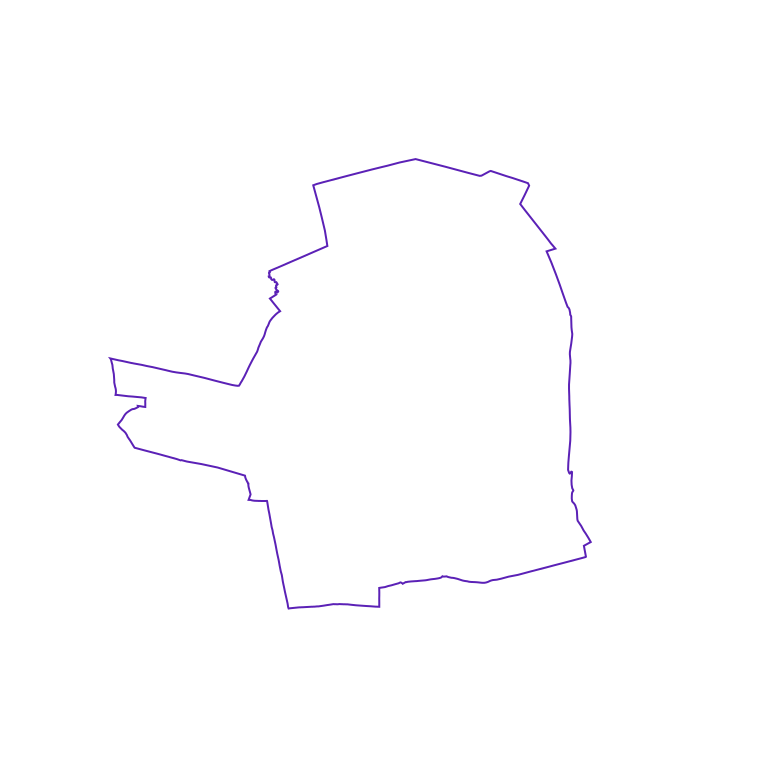 Pochidia, Galati, Romania (Natural Earth projection), rotated 206°
{"feature_id": "2599482B31598853043791", "entity_name": "Pochidia", "entity_type": "district", "adm_level": 2, "iso_a3": "ROU", "parent_name": "Romania", "parent_adm1": "Galati", "projection": "natural_earth1", "projection_center": [27.58, 46.045], "detail": "fine", "context": "isolated", "style": "outline", "palette": "violet", "viewbox_px": 768, "rotation_deg": 206, "n_neighbors": 0, "source": "geoboundaries", "source_scale": "gbopen_adm2", "svg_char_len": 6142}
<svg xmlns="http://www.w3.org/2000/svg" viewBox="0 0 768 768"><g transform="rotate(206 384 384)"><path d="M454.9,220.5L454.2,220.8L453.1,221.3L451.8,221.5L450.7,221.8L449.2,222.3L445.1,224.1L441.0,226.0L437.9,227.6L437.3,226.9L434.9,223.5L432.8,220.5L430.1,217.0L427.7,213.7L424.7,209.6L422.2,206.1L420.1,203.7L418.1,200.9L415.9,198.3L411.0,192.0L408.2,188.2L405.5,184.6L401.6,179.7L399.4,176.7L398.1,174.9L394.6,170.3L392.1,167.5L388.4,162.2L386.8,160.1L384.9,157.7L382.0,153.9L376.8,147.4L374.4,144.4L372.4,141.5L371.3,140.4L369.7,141.5L362.6,145.9L358.7,148.0L353.7,150.8L352.1,151.7L348.9,153.4L346.6,154.8L345.4,155.4L341.4,158.1L340.4,158.8L338.0,160.5L336.5,161.5L333.1,163.9L329.1,165.7L327.5,166.7L324.7,167.9L320.1,170.0L316.1,171.4L312.0,172.9L305.8,175.4L301.6,177.1L298.5,178.4L294.2,180.1L290.6,181.7L292.4,185.4L294.3,189.2L295.4,191.6L296.8,194.5L298.9,198.6L297.5,199.6L295.7,200.8L294.1,201.9L291.6,204.3L289.1,206.3L286.8,208.4L284.2,210.7L283.5,211.3L282.7,212.4L282.2,212.9L281.5,213.0L280.8,212.9L280.0,212.9L279.6,212.7L278.4,214.4L277.8,215.3L277.5,215.6L276.9,215.8L276.0,216.6L273.3,218.3L270.0,220.2L268.2,221.2L265.6,222.8L263.1,224.3L260.9,225.6L259.6,226.5L256.8,228.6L255.3,229.6L252.9,231.1L250.6,232.7L249.3,233.7L248.4,234.5L247.8,235.2L247.5,235.7L247.4,236.2L247.2,236.8L246.9,236.8L246.1,237.0L245.3,237.4L244.3,238.0L243.3,238.6L242.9,238.5L241.4,238.7L238.5,239.4L237.0,240.0L235.6,240.4L232.4,241.1L230.3,241.4L227.4,241.8L225.7,242.2L224.4,242.6L222.6,243.2L221.1,243.5L219.9,243.9L218.6,244.4L216.1,245.5L214.2,246.3L212.1,247.1L209.8,247.9L208.3,248.5L206.7,249.3L205.4,250.2L203.9,251.6L202.2,253.7L201.5,254.4L200.2,255.5L196.8,257.6L193.2,260.5L187.5,265.5L179.9,271.2L169.9,279.9L156.1,291.7L151.5,295.7L144.6,301.6L130.2,314.0L126.9,316.9L126.8,317.3L133.4,326.2L128.9,332.6L133.0,335.4L137.3,338.1L140.3,339.8L144.6,342.9L146.2,343.8L150.0,346.0L151.0,347.3L154.9,354.3L155.8,355.5L158.9,358.8L160.7,359.9L162.7,360.6L163.5,361.1L165.0,363.3L166.3,366.1L167.2,368.4L167.3,369.6L167.1,371.0L167.2,371.4L169.1,372.8L171.2,375.7L173.2,379.4L174.8,383.6L176.4,387.3L176.9,387.4L177.2,387.3L177.4,386.5L177.5,385.4L177.6,385.1L177.8,384.9L178.1,385.0L178.7,385.3L180.9,387.5L182.6,391.3L183.9,394.3L186.2,400.2L191.7,414.6L195.3,422.5L197.4,426.6L201.3,433.6L202.4,435.7L206.0,442.7L207.9,446.2L210.9,451.8L212.0,454.0L215.6,460.8L217.5,464.7L221.4,474.3L224.9,482.8L225.6,484.6L226.8,487.0L227.6,488.2L228.8,490.2L230.0,492.2L231.0,494.4L232.1,498.0L233.4,502.3L234.7,506.1L235.8,509.3L236.7,511.5L239.0,514.9L240.4,517.2L242.6,521.4L244.4,524.8L245.3,526.6L246.1,527.4L246.9,527.8L248.0,529.7L250.0,532.3L251.5,533.4L252.8,533.8L256.1,536.9L263.4,544.1L269.6,550.3L277.5,557.9L287.0,566.7L296.0,574.5L289.3,580.8L290.9,581.5L293.1,582.5L295.5,583.5L299.6,585.6L313.2,592.2L333.5,602.0L340.5,605.5L340.4,615.8L340.5,625.9L342.6,627.6L345.2,627.3L358.8,625.5L365.0,624.5L381.4,622.3L382.4,621.4L387.7,614.0L389.3,613.0L401.2,610.6L423.9,606.2L454.2,600.0L459.7,595.7L467.1,589.9L476.6,581.7L481.1,578.0L488.9,571.5L500.5,561.6L508.9,554.4L527.0,538.8L532.1,534.3L534.7,531.6L519.7,514.5L513.1,506.6L504.4,496.0L499.0,488.4L495.4,483.2L531.4,441.1L534.2,437.9L536.2,435.5L536.4,435.2L535.9,434.8L535.6,434.6L535.6,434.2L536.0,434.0L536.1,433.8L536.1,433.5L535.7,432.9L534.8,431.9L534.5,431.5L534.4,431.1L534.3,430.7L534.6,430.4L534.8,430.2L534.6,429.9L534.4,429.7L534.0,429.5L533.6,429.5L533.3,429.7L533.1,430.0L532.7,430.2L532.3,430.0L532.0,429.8L531.7,429.5L531.5,429.1L531.3,428.8L530.4,428.5L530.2,428.5L529.9,428.7L529.5,428.9L529.2,429.3L529.1,429.6L529.0,429.8L528.8,429.9L528.4,429.8L528.2,429.7L527.8,429.2L527.2,428.0L526.8,427.7L526.1,427.8L525.9,428.0L525.7,428.2L525.6,428.3L525.4,428.3L525.2,428.2L524.9,428.0L524.7,427.8L524.4,427.6L524.1,427.1L523.9,427.1L523.8,427.3L523.5,427.1L523.3,426.9L523.4,426.6L523.6,426.1L524.2,425.4L524.1,425.1L524.0,424.7L523.1,423.8L523.1,423.6L523.3,423.5L523.6,423.3L523.7,423.1L523.6,422.7L523.0,422.2L522.9,422.1L522.6,422.0L522.2,421.8L521.7,421.5L520.8,421.3L520.1,421.2L519.9,421.1L519.6,420.7L519.7,420.3L519.9,420.2L520.0,420.0L520.0,419.7L520.4,419.6L520.8,420.0L521.1,420.0L521.2,419.9L521.4,419.6L521.4,419.4L521.8,419.5L522.0,419.4L522.1,419.1L522.0,418.8L520.9,417.2L520.7,417.2L520.0,417.3L520.0,417.2L524.0,410.8L517.9,407.9L509.3,403.9L510.7,401.6L511.8,399.1L512.5,397.0L513.0,395.4L513.3,394.5L513.9,391.6L514.1,390.3L514.1,389.2L513.9,386.9L513.8,385.1L514.0,383.8L514.0,383.1L513.8,380.8L513.4,378.3L513.0,376.2L512.8,374.3L512.8,372.6L512.9,371.0L513.1,369.2L513.2,367.9L513.0,365.4L512.9,363.3L512.8,361.5L512.5,359.9L512.3,358.3L512.2,357.4L512.4,354.3L512.7,349.5L512.8,346.7L512.9,342.1L512.9,339.2L512.8,334.7L512.8,331.3L512.8,329.5L513.1,324.1L513.3,322.7L513.4,320.3L513.6,318.9L514.8,318.2L516.8,317.5L519.9,316.6L522.6,316.0L527.7,314.9L537.3,312.9L547.9,310.8L558.5,308.4L564.4,307.1L567.5,306.2L572.4,304.5L575.7,303.4L579.8,302.2L584.2,301.2L586.1,300.8L589.1,300.1L599.5,297.7L605.0,296.2L610.1,295.0L618.2,292.7L619.1,292.5L620.0,292.2L629.5,289.9L633.1,288.9L641.2,287.0L640.3,286.5L638.1,283.9L636.5,282.1L634.5,278.9L633.8,278.0L631.2,274.5L628.3,269.5L627.1,267.1L626.2,265.9L624.4,263.6L623.4,262.5L622.5,261.3L621.6,259.7L620.8,257.6L620.5,256.5L619.9,256.8L619.3,257.1L608.4,260.9L604.7,262.4L599.4,264.4L596.3,265.6L592.1,266.9L591.9,266.2L591.1,263.9L590.0,261.8L588.5,258.7L590.8,257.9L593.0,257.3L595.7,256.4L594.9,255.5L596.6,253.2L597.6,252.1L599.1,251.1L600.0,250.0L601.4,247.7L602.7,245.3L603.3,243.4L603.6,241.5L603.7,239.9L604.0,236.7L604.7,233.9L605.4,230.9L604.0,230.0L602.9,229.4L601.2,228.8L599.2,228.1L597.4,227.7L595.1,226.9L592.7,225.4L591.4,224.2L589.7,223.2L587.5,222.0L582.2,218.6L580.4,217.5L580.2,217.4L569.9,219.4L557.0,222.0L537.3,225.7L533.3,226.2L532.6,226.8L527.2,227.9L513.0,232.0L496.9,236.0L468.8,240.7L468.6,240.5L467.7,239.2L465.9,237.5L465.4,237.2L463.9,236.0L463.4,235.9L462.6,234.9L462.2,235.0L461.7,234.0L461.4,233.3L460.7,232.3L459.9,231.3L459.1,230.4L456.9,227.9L455.6,226.4L455.5,226.2L455.4,225.1L454.9,220.5Z" fill="none" stroke="#5b21b6" stroke-width="2"/></g></svg>